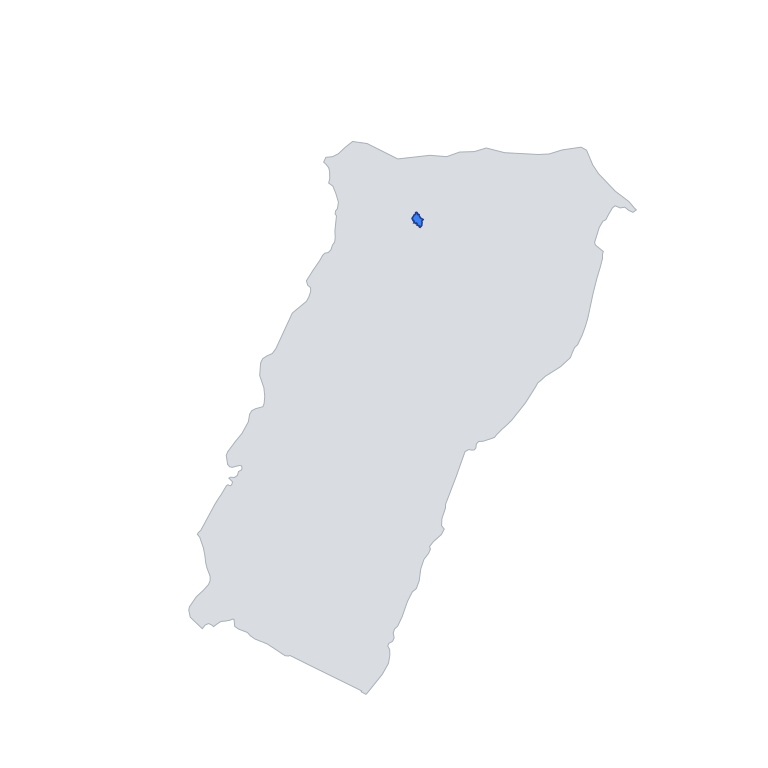 Abuakwa North, Eastern, Ghana shown in context, rotated 207°
{"feature_id": "2480657B42374646075926", "entity_name": "Abuakwa North", "entity_type": "district", "adm_level": 2, "iso_a3": "GHA", "parent_name": "Ghana", "parent_adm1": "Eastern", "projection": "equal_earth", "projection_center": [-0.382, 6.235], "detail": "fine", "context": "in_parent", "style": "filled", "palette": "blue", "viewbox_px": 768, "rotation_deg": 207, "n_neighbors": 0, "source": "geoboundaries", "source_scale": "gbopen_adm2", "svg_char_len": 4747}
<svg xmlns="http://www.w3.org/2000/svg" viewBox="0 0 768 768"><g transform="rotate(207 384 384)"><path d="M450.8,88.3L455.3,93.9L456.2,97.2L454.6,109.3L451.4,117.8L449.3,125.7L449.6,129.7L451.6,133.7L458.4,139.9L461.8,143.9L465.9,150.1L470.6,156.1L478.7,163.9L482.1,165.3L481.9,167.5L480.8,170.5L480.1,199.7L479.5,207.2L478.9,211.0L478.2,221.9L477.3,223.4L475.8,223.3L474.4,223.7L474.0,225.9L474.6,228.1L479.5,229.7L478.4,231.3L474.8,232.8L473.1,236.1L473.9,239.9L471.9,242.9L472.5,244.9L473.7,246.4L475.8,245.8L481.5,240.8L483.8,240.2L486.8,241.3L492.2,248.9L492.5,252.7L490.3,265.6L488.1,275.5L487.7,288.7L490.0,296.1L489.7,300.2L487.2,303.7L481.6,308.8L482.0,312.3L484.6,318.8L489.3,326.1L498.6,335.1L503.5,346.8L503.6,351.5L500.8,356.3L497.4,360.4L496.4,366.4L497.9,405.6L490.6,422.6L490.5,427.5L491.3,433.1L493.2,436.5L496.9,437.4L500.0,440.8L498.9,452.7L497.3,464.9L497.1,470.8L496.2,473.6L493.3,475.9L492.2,479.7L493.0,484.5L492.4,488.0L494.0,492.5L497.3,498.2L502.7,512.3L504.8,513.4L505.7,516.3L505.1,519.2L507.2,525.4L513.2,531.7L519.4,537.1L524.5,537.9L525.7,542.7L529.1,548.9L531.5,551.6L535.3,553.4L538.5,554.3L538.7,559.6L533.0,563.2L529.1,568.6L526.2,576.8L522.1,585.8L508.1,590.6L502.7,590.6L473.9,590.8L446.9,608.6L431.4,615.0L421.9,625.0L409.0,632.1L400.0,640.7L381.4,644.9L350.8,658.5L341.3,663.9L331.6,673.4L315.9,684.5L309.7,684.3L297.4,673.9L288.1,668.7L265.5,660.8L248.6,657.7L240.4,654.3L238.2,653.7L240.1,650.0L244.8,649.8L249.7,650.9L253.5,648.1L259.0,647.7L260.4,644.7L260.9,637.2L260.9,631.2L262.8,628.5L263.3,621.4L260.6,605.6L258.7,603.8L248.8,601.6L248.1,598.4L246.3,595.1L244.5,587.0L242.3,574.9L238.9,559.9L232.3,535.2L230.7,526.5L229.6,517.6L229.3,507.0L230.7,503.0L230.5,497.6L229.9,492.1L234.6,479.5L243.8,464.1L245.8,458.6L247.5,454.7L247.7,449.2L249.4,431.3L253.8,409.6L256.6,401.5L258.4,397.1L260.7,389.8L261.3,386.5L269.7,378.0L273.6,375.7L274.5,372.4L273.1,368.7L273.7,366.2L275.7,365.0L278.8,364.0L281.1,360.5L277.6,333.8L274.8,307.2L274.6,305.0L272.9,301.3L271.3,290.4L268.4,283.9L264.5,282.1L264.5,276.0L268.5,265.8L269.6,259.8L267.7,258.0L267.4,253.4L268.8,245.8L268.1,241.2L267.4,236.3L263.3,224.6L262.3,216.4L264.4,211.6L264.4,201.1L262.2,184.9L261.9,174.6L263.4,170.3L262.7,166.3L259.7,162.4L259.5,158.7L262.0,155.0L261.7,152.2L258.5,150.1L255.7,145.1L253.2,137.2L253.7,124.6L258.6,101.2L259.2,99.3L264.6,99.4L264.6,100.4L281.4,100.2L300.7,99.9L323.7,99.6L344.6,99.4L345.5,98.3L348.9,97.0L370.0,99.4L383.2,98.2L388.8,99.0L392.9,100.6L402.0,99.6L406.9,100.2L410.6,106.0L412.1,105.9L414.1,103.5L417.8,100.7L421.5,98.4L424.1,93.9L425.7,90.4L428.1,91.1L431.6,90.9L433.9,88.0L434.8,83.5L450.8,88.3Z" fill="#d9dde1" stroke="#a8b0b8" stroke-width="1"/><path d="M430.6,541.1L430.4,541.2L430.3,541.3L430.2,541.4L430.2,541.5L429.8,541.6L429.7,541.6L429.4,541.6L429.2,541.5L428.9,541.4L428.7,541.3L428.4,541.6L428.3,541.8L428.0,542.2L427.9,542.1L427.7,541.9L427.4,541.8L427.4,541.6L427.2,541.4L427.0,541.2L426.9,540.9L426.8,541.0L426.7,540.6L426.4,540.7L426.1,540.7L425.9,540.8L425.7,540.8L425.4,540.7L425.2,540.6L424.8,540.7L424.8,540.8L424.7,540.9L424.4,540.7L424.2,540.6L423.9,540.6L423.7,540.6L423.8,540.6L423.8,540.4L423.7,540.3L423.7,540.2L423.8,540.0L423.7,539.9L423.1,539.9L423.1,540.0L422.9,540.2L422.9,540.3L422.8,540.5L422.7,540.7L422.7,540.8L422.8,541.0L422.7,541.1L422.6,541.3L422.6,541.6L422.5,541.9L422.4,541.9L422.4,542.0L422.3,542.5L422.4,542.9L422.6,543.2L422.7,543.4L422.9,543.8L423.0,544.1L423.1,544.6L423.4,545.2L423.8,545.6L424.2,546.2L424.2,546.5L424.0,547.2L423.9,547.7L423.7,548.3L424.1,548.5L424.5,548.4L424.8,548.4L425.2,548.4L425.6,548.4L426.2,548.5L426.5,548.5L426.9,548.5L427.1,548.8L427.4,548.9L427.6,549.1L427.8,549.2L428.0,549.2L428.3,549.4L428.7,549.7L429.0,549.9L429.2,550.1L429.5,550.6L429.6,550.9L429.8,550.9L430.1,550.8L430.4,550.9L430.7,550.6L431.0,550.3L431.3,550.7L431.7,551.2L431.9,551.5L432.1,551.4L432.1,551.5L432.3,551.6L432.5,551.5L432.7,551.8L432.8,551.8L433.0,551.8L433.1,551.7L433.3,551.5L433.4,551.4L433.3,551.2L433.6,551.0L433.4,550.7L433.3,550.4L433.3,550.2L433.3,549.9L433.2,549.7L433.2,549.4L433.2,549.2L433.3,549.1L433.4,548.8L433.6,548.6L434.0,548.3L433.9,547.8L433.9,547.7L433.9,547.4L433.9,547.2L433.9,546.9L433.9,546.7L434.0,546.6L434.0,546.4L434.0,546.2L434.1,545.9L434.1,545.7L434.2,545.4L434.1,545.2L434.2,544.9L434.2,544.7L434.1,544.3L434.1,544.1L433.9,544.1L433.8,543.9L433.7,543.9L433.4,543.9L433.2,543.8L433.0,543.7L432.9,543.4L432.7,543.2L432.5,542.9L432.4,542.8L432.2,542.8L431.9,542.9L431.7,542.8L431.6,542.7L431.4,542.8L431.3,542.7L431.2,542.7L431.0,542.4L430.9,542.3L430.7,542.0L430.6,541.9L430.4,541.9L430.4,542.0L430.3,541.9L430.3,541.7L430.5,541.4L430.6,541.2L430.6,541.1Z" fill="#3b82f6" stroke="#1e3a8a" stroke-width="1.5"/></g></svg>